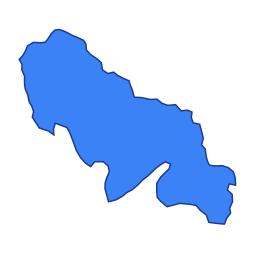 outline of Tiradentes, Minas Gerais, Brazil, rotated 175°
{"feature_id": "56859067B53051915748511", "entity_name": "Tiradentes", "entity_type": "district", "adm_level": 2, "iso_a3": "BRA", "parent_name": "Brazil", "parent_adm1": "Minas Gerais", "projection": "orthographic", "projection_center": [-44.158, -21.116], "detail": "fine", "context": "isolated", "style": "filled", "palette": "blue", "viewbox_px": 256, "rotation_deg": 175, "n_neighbors": 0, "source": "geoboundaries", "source_scale": "gbopen_adm2", "svg_char_len": 1567}
<svg xmlns="http://www.w3.org/2000/svg" viewBox="0 0 256 256"><g transform="rotate(175 128 128)"><path d="M25.8,61.7L25.6,69.5L26.9,75.2L31.4,79.7L37.3,82.2L45.3,82.7L50.0,83.8L51.9,88.3L52.6,93.7L52.9,100.3L56.2,104.8L53.9,111.1L54.8,117.2L56.3,125.5L62.6,127.4L64.0,132.8L62.9,138.3L67.5,140.6L73.5,140.4L78.6,147.1L86.4,147.1L92.1,149.7L96.6,154.2L103.4,154.5L107.8,155.9L112.9,157.3L119.1,158.1L120.5,165.9L121.9,170.3L122.9,175.0L128.0,177.7L133.7,181.3L137.5,184.9L143.3,184.0L148.3,188.1L148.9,195.3L153.1,199.8L159.0,204.5L162.7,209.5L162.6,215.1L164.7,219.3L171.3,223.0L175.9,225.4L181.8,229.3L187.7,232.1L192.4,231.9L196.3,228.5L199.7,224.1L202.9,220.6L207.7,220.6L215.0,221.5L220.9,218.5L224.0,212.8L226.8,209.0L230.4,205.8L228.0,200.8L228.7,195.1L226.5,188.7L227.2,181.8L227.0,176.1L225.0,169.6L224.1,162.3L221.9,158.1L220.6,152.4L222.4,147.2L219.9,142.4L216.3,135.7L207.6,132.0L202.5,127.6L202.3,133.4L200.0,139.1L194.2,136.4L188.8,133.8L186.4,128.3L184.0,120.0L181.3,109.9L177.8,102.5L173.5,96.8L168.6,92.8L164.1,97.3L155.6,96.6L151.1,91.9L150.4,86.1L153.4,80.5L155.5,75.4L156.2,69.5L154.8,61.9L153.8,56.2L146.3,57.5L139.4,60.5L135.1,63.7L129.5,66.0L123.0,70.5L118.1,74.9L113.0,78.1L107.6,82.3L103.5,85.6L98.6,88.7L93.7,91.0L88.9,88.5L90.4,84.0L94.2,80.9L99.8,76.2L104.2,70.3L104.9,62.4L104.9,56.4L101.5,51.7L95.9,46.2L89.8,47.2L83.1,48.4L73.3,46.7L66.9,45.0L62.9,39.4L57.5,34.5L55.8,27.0L47.7,25.2L40.4,23.9L37.3,29.9L33.2,34.3L33.7,39.4L30.3,45.4L30.0,52.8L34.4,57.7L32.0,63.5L25.8,61.7Z" fill="#3b82f6" stroke="#1e3a8a" stroke-width="1.5"/></g></svg>